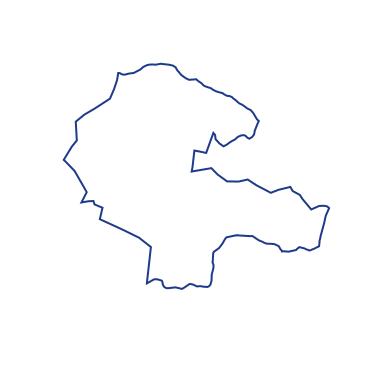 the district of Baroueli, Ségou, Mali, rotated 34°
{"feature_id": "8926073B94232083808790", "entity_name": "Baroueli", "entity_type": "district", "adm_level": 2, "iso_a3": "MLI", "parent_name": "Mali", "parent_adm1": "Ségou", "projection": "robinson", "projection_center": [-6.505, 13.036], "detail": "fine", "context": "isolated", "style": "outline", "palette": "blue", "viewbox_px": 384, "rotation_deg": 34, "n_neighbors": 0, "source": "geoboundaries", "source_scale": "gbopen_adm2", "svg_char_len": 3258}
<svg xmlns="http://www.w3.org/2000/svg" viewBox="0 0 384 384"><g transform="rotate(34 192 192)"><path d="M225.9,285.2L231.6,280.3L234.5,279.2L236.1,278.6L237.8,278.0L239.0,275.7L241.4,269.7L241.6,269.5L241.9,269.3L244.4,268.2L248.2,267.6L249.0,267.5L249.4,267.1L249.5,267.0L251.3,265.6L251.9,265.2L255.5,263.6L256.0,263.1L256.8,262.7L257.7,262.3L258.8,260.7L259.1,258.5L258.6,257.2L257.8,254.6L255.6,251.1L254.6,249.6L252.9,244.8L252.5,243.5L250.9,240.8L250.4,240.3L248.2,238.7L248.2,238.3L243.9,231.0L243.7,230.8L243.7,230.0L243.7,229.9L243.6,229.5L243.6,229.1L244.5,226.9L245.8,223.3L245.8,223.2L245.9,221.1L246.1,217.8L245.9,215.2L245.7,212.5L245.9,210.3L252.6,203.4L253.0,203.4L253.4,202.9L253.7,202.4L254.6,202.0L255.4,201.7L259.4,199.3L260.4,198.6L261.6,198.2L261.9,197.9L262.8,197.2L264.8,196.2L266.0,195.2L266.9,194.7L274.3,194.7L278.6,193.8L279.3,193.8L280.9,193.6L282.0,193.3L282.9,193.0L283.6,192.5L287.3,190.3L289.0,189.3L291.3,188.8L292.7,188.6L294.2,188.4L297.4,190.0L298.1,190.2L299.0,190.3L299.7,190.9L299.8,191.0L300.9,190.0L302.9,188.9L305.6,187.3L310.7,181.9L310.9,180.6L311.8,177.7L312.2,177.5L312.8,177.3L313.4,177.1L317.0,175.8L318.7,175.7L319.5,175.4L320.6,175.1L320.9,175.1L322.3,174.7L325.1,170.5L326.1,168.7L327.7,165.9L327.3,165.3L326.2,163.0L325.1,161.3L324.5,159.5L323.1,156.1L318.8,143.5L316.2,137.0L314.7,128.7L312.2,128.3L309.1,129.6L305.2,132.5L300.6,139.8L287.4,136.0L283.0,134.1L275.0,134.9L270.7,132.8L266.7,137.2L262.6,141.7L257.8,148.6L241.6,150.4L231.2,150.5L224.8,157.3L215.1,163.6L203.5,163.2L194.7,161.4L180.3,175.2L178.5,171.1L170.8,156.3L176.4,153.9L181.9,151.7L176.7,131.1L179.2,131.8L181.0,133.8L182.1,135.1L184.4,135.6L187.6,136.4L192.6,136.5L194.3,133.4L195.3,130.5L196.6,127.4L198.2,124.6L199.2,120.6L201.3,117.4L203.5,115.7L205.3,115.5L207.3,116.0L209.7,115.8L210.3,114.4L211.1,112.9L211.3,109.6L209.8,106.2L208.0,98.0L207.7,95.8L205.1,95.4L204.0,94.8L203.5,94.6L201.4,93.6L198.4,92.2L195.0,91.3L191.2,91.8L190.3,91.8L189.1,91.7L187.5,91.6L184.9,91.6L181.5,92.1L179.4,91.8L177.1,91.5L176.1,91.4L175.2,91.4L173.6,91.3L172.8,91.1L171.8,91.0L170.8,91.2L169.1,91.6L167.9,92.4L166.2,92.9L164.5,93.0L163.4,93.1L162.1,92.9L161.1,93.3L160.1,93.6L159.0,94.1L158.5,94.2L155.9,95.0L152.3,95.5L149.8,95.4L148.8,95.6L147.2,96.1L144.3,96.9L142.2,97.2L140.8,96.9L138.8,96.5L137.6,96.5L135.6,96.6L135.0,96.5L132.3,96.2L131.7,96.8L130.7,97.6L128.9,99.0L126.7,100.7L124.2,101.0L123.6,101.2L121.4,101.1L120.4,101.1L118.8,101.0L117.3,101.0L116.6,100.7L113.6,99.8L111.3,99.2L108.8,97.8L105.5,97.9L101.8,99.3L96.3,102.2L96.0,102.4L94.6,103.0L94.3,103.3L90.2,107.2L88.6,107.9L86.4,109.5L85.7,110.0L83.9,111.8L81.7,115.5L80.5,119.9L79.5,121.5L77.2,125.8L76.0,126.9L73.7,128.9L73.0,129.6L70.7,132.3L68.6,133.5L66.5,133.8L65.7,133.8L64.3,134.6L67.3,141.1L69.9,150.5L71.8,160.5L64.7,177.2L59.5,188.1L56.3,198.7L59.9,203.4L67.7,213.7L67.0,221.4L67.7,237.1L69.7,237.4L82.9,240.2L99.4,248.3L104.8,251.0L106.2,262.5L111.3,257.6L115.3,254.6L118.2,256.8L126.6,255.1L130.8,266.1L155.1,262.1L173.6,259.5L188.7,260.6L205.5,292.7L205.7,293.0L207.4,289.6L208.2,287.9L208.3,287.8L209.3,285.7L211.6,284.0L214.4,283.0L216.6,282.4L217.7,283.1L219.9,285.3L222.2,286.3L224.5,286.0L225.9,285.2Z" fill="none" stroke="#1e3a8a" stroke-width="2"/></g></svg>